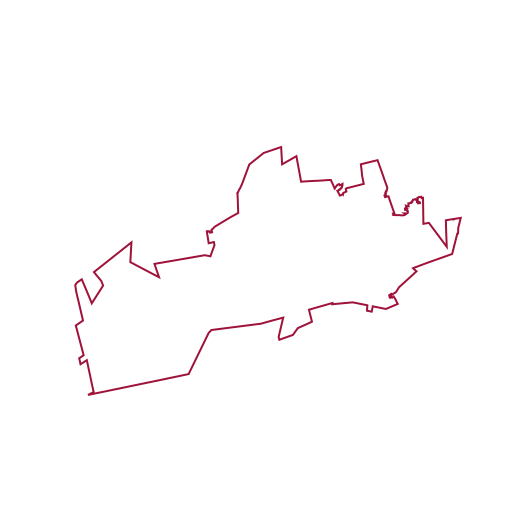 outline of Matehuala, San Luis Potosí, Mexico, rotated 70°
{"feature_id": "50627088B37134709492679", "entity_name": "Matehuala", "entity_type": "district", "adm_level": 2, "iso_a3": "MEX", "parent_name": "Mexico", "parent_adm1": "San Luis Potosí", "projection": "natural_earth1", "projection_center": [-100.598, 23.522], "detail": "fine", "context": "isolated", "style": "outline", "palette": "rose", "viewbox_px": 512, "rotation_deg": 70, "n_neighbors": 0, "source": "geoboundaries", "source_scale": "gbopen_adm2", "svg_char_len": 5211}
<svg xmlns="http://www.w3.org/2000/svg" viewBox="0 0 512 512"><g transform="rotate(70 256 256)"><path d="M303.9,58.4L298.9,56.4L290.2,50.6L288.8,57.8L289.2,57.9L288.9,58.6L288.4,59.7L288.3,60.1L287.4,65.4L291.7,66.8L292.3,67.0L292.8,67.2L294.3,67.7L294.6,67.8L296.6,68.4L297.0,68.6L312.6,73.6L284.0,82.2L283.0,87.7L258.6,79.2L258.6,79.6L258.3,80.6L256.9,80.3L256.5,82.0L256.3,83.3L256.6,83.5L256.6,84.3L256.8,84.3L257.6,84.5L259.0,85.0L260.4,85.3L260.6,84.8L261.3,85.1L261.9,84.2L260.9,83.5L262.4,83.8L261.9,85.7L260.5,85.4L260.3,86.3L258.9,85.7L258.8,85.8L258.0,86.0L257.9,86.5L257.1,86.5L257.0,87.9L257.1,88.4L256.8,89.2L257.3,89.5L258.0,90.1L257.9,90.5L258.8,90.9L258.5,91.7L259.2,92.1L259.0,92.9L258.3,92.7L259.0,93.0L258.6,94.8L259.5,95.1L261.5,95.6L260.6,97.4L260.2,97.8L261.7,97.9L261.0,98.0L261.5,98.5L262.6,97.9L262.4,99.8L263.7,100.1L264.0,98.3L265.1,98.6L265.3,98.0L266.6,98.2L266.7,98.3L266.9,98.4L267.5,98.8L267.6,99.3L267.5,100.1L267.1,100.9L267.0,101.0L266.7,101.9L267.1,101.6L268.0,101.1L268.3,102.1L268.2,103.6L267.4,105.7L267.0,106.6L266.7,107.0L265.9,109.4L265.2,111.1L264.8,111.9L264.7,111.5L264.2,111.6L264.2,111.9L264.4,111.9L264.4,112.2L264.5,112.2L264.7,112.3L264.0,113.7L264.1,112.7L263.0,112.8L263.1,111.4L248.6,111.2L247.9,111.2L247.4,111.1L246.3,111.1L245.5,111.1L245.2,111.1L244.9,113.9L244.8,114.6L243.7,114.6L243.8,114.3L243.9,113.9L243.6,113.8L243.0,113.9L243.2,113.1L242.9,113.1L241.6,113.1L241.7,112.8L241.7,112.6L241.2,112.6L240.7,112.6L240.2,112.3L240.1,111.4L239.7,111.4L239.3,111.4L239.2,110.8L236.9,109.3L236.5,109.3L235.4,109.2L225.4,109.2L225.2,109.1L207.5,109.0L206.6,117.4L206.5,118.6L206.4,118.7L206.4,119.3L206.2,121.1L205.7,126.1L207.7,126.6L207.8,126.6L208.6,126.8L209.7,127.0L213.2,127.9L213.7,128.0L214.8,128.3L217.2,128.9L225.1,130.1L223.6,145.0L223.3,147.6L223.6,148.7L226.3,149.0L226.6,152.4L226.9,152.5L227.8,153.1L227.4,153.2L227.8,154.3L228.0,155.5L227.8,156.6L227.3,156.6L222.6,157.2L222.6,156.6L222.6,155.9L222.4,154.9L222.0,155.0L221.8,154.1L221.7,153.6L221.6,152.9L221.2,152.8L220.9,151.8L219.0,150.5L217.9,150.1L218.0,150.5L218.1,150.9L218.2,151.2L218.1,151.3L218.2,151.5L218.3,151.7L218.3,151.9L218.3,152.0L218.3,152.3L218.2,152.3L218.1,152.5L218.0,152.9L218.0,153.2L217.9,153.2L217.8,153.3L217.7,153.3L217.4,153.4L217.2,153.5L217.1,153.4L216.9,153.4L216.8,154.5L217.2,155.5L217.3,155.6L217.3,155.8L217.4,156.0L217.5,156.1L217.7,156.4L218.1,157.0L218.4,157.5L218.6,157.8L218.8,158.1L219.0,158.4L219.2,158.6L219.3,158.7L219.5,158.8L219.6,159.0L216.5,159.2L214.3,159.3L212.0,159.5L210.2,159.6L209.7,161.0L206.4,172.3L206.2,172.9L206.1,173.1L205.9,173.7L205.8,174.0L205.6,174.8L205.4,175.3L205.3,175.8L205.1,176.4L204.0,179.9L201.6,188.2L176.0,183.9L178.8,200.1L162.2,195.1L161.8,213.5L167.7,231.0L183.6,244.5L187.1,248.0L187.3,248.5L188.2,249.4L189.2,250.4L189.8,251.0L190.3,251.4L190.2,251.7L190.4,251.9L190.6,252.0L190.8,252.2L191.4,252.2L191.7,252.3L191.9,252.3L209.5,258.0L210.8,266.5L211.5,270.2L214.4,284.9L215.3,286.6L215.8,287.8L216.2,288.8L217.6,289.0L218.7,289.2L218.6,289.9L218.3,291.2L217.0,291.1L216.8,292.3L216.1,292.7L216.0,293.8L217.1,294.0L217.7,294.1L218.4,294.3L219.1,294.4L220.2,294.6L220.7,294.7L221.7,294.9L223.3,295.2L225.9,295.7L226.7,295.9L227.8,296.1L228.0,294.9L228.4,291.3L228.5,290.8L229.3,291.0L231.6,291.3L238.2,296.9L240.7,298.9L239.9,300.2L237.7,304.0L229.3,350.7L228.7,354.1L237.7,354.3L238.5,354.3L238.8,354.3L242.8,354.4L218.8,376.2L200.6,368.4L201.5,371.2L201.7,371.7L215.7,413.8L226.6,409.9L231.5,409.8L244.3,426.5L244.1,426.5L241.7,426.6L236.4,426.8L230.3,427.1L218.3,427.7L219.8,433.4L221.5,435.8L226.7,436.9L228.5,437.2L229.1,437.3L232.4,437.7L238.0,438.3L251.3,439.9L254.8,440.3L257.5,440.7L259.7,449.1L290.3,451.9L291.6,457.1L292.9,457.3L294.9,457.5L296.7,457.8L297.7,457.9L296.0,450.6L322.2,454.3L328.3,455.1L329.1,461.4L334.4,425.2L337.4,404.7L342.0,372.9L342.1,372.4L343.9,359.7L312.1,326.8L310.3,323.2L321.3,274.5L322.3,261.6L323.2,251.5L339.8,262.4L342.7,262.7L342.7,259.0L342.7,257.4L342.8,248.3L338.1,241.4L337.9,239.4L337.5,233.0L337.1,228.4L337.1,228.2L337.1,227.8L337.1,227.7L337.1,227.4L337.0,227.1L337.0,226.8L337.0,226.5L337.0,226.4L336.9,225.9L324.6,224.6L325.0,218.4L326.3,200.3L327.4,200.9L332.6,181.1L335.3,176.5L336.5,174.7L336.8,174.1L337.2,173.5L337.5,173.0L338.0,172.1L338.4,171.5L338.9,170.7L339.1,170.3L339.3,169.9L339.6,169.5L339.9,168.9L340.4,168.2L341.0,168.5L345.4,170.4L346.3,168.9L346.5,168.5L346.9,167.9L347.4,167.1L347.7,166.7L347.9,166.3L343.2,163.5L345.3,160.1L348.4,155.0L349.1,153.9L350.2,152.0L349.9,146.1L349.5,139.2L347.3,139.5L346.2,139.6L343.7,139.9L343.2,140.0L342.9,140.1L341.1,140.5L341.5,141.6L341.7,142.3L341.3,142.5L341.0,142.6L340.8,142.7L341.0,143.4L341.2,144.2L340.8,144.3L340.5,144.5L340.1,144.5L339.7,144.4L339.7,143.7L339.7,143.4L339.6,143.1L339.3,143.2L339.1,143.4L339.0,143.5L338.9,143.6L338.9,144.1L339.0,144.3L338.6,144.3L338.6,144.2L338.4,143.8L338.3,143.6L338.0,142.6L337.8,141.8L338.2,141.6L338.8,141.4L338.7,141.2L338.5,140.3L337.9,137.1L337.8,136.8L334.3,132.3L325.3,110.4L323.2,111.6L321.2,112.6L321.1,110.3L321.1,109.0L321.1,108.5L321.0,100.5L321.0,93.5L321.2,71.0L303.8,59.2L303.9,58.4Z" fill="none" stroke="#9f1239" stroke-width="2"/></g></svg>